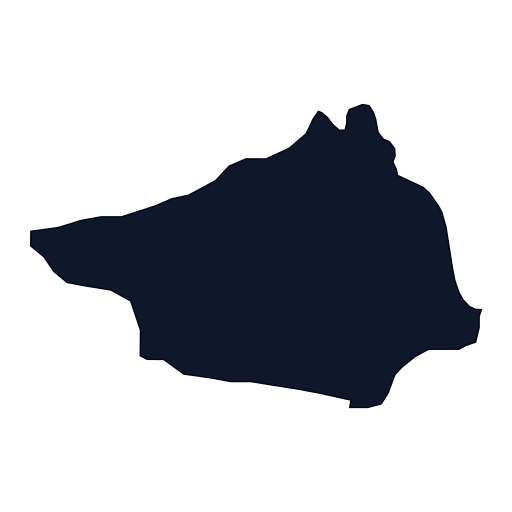 the district of Sinwon, Hwanghae-namdo, North Korea
{"feature_id": "82179303B41250986640334", "entity_name": "Sinwon", "entity_type": "district", "adm_level": 2, "iso_a3": "PRK", "parent_name": "North Korea", "parent_adm1": "Hwanghae-namdo", "projection": "equal_earth", "projection_center": [125.777, 38.209], "detail": "fine", "context": "isolated", "style": "filled", "palette": "ink", "viewbox_px": 512, "rotation_deg": 0, "n_neighbors": 0, "source": "geoboundaries", "source_scale": "gbopen_adm2", "svg_char_len": 1143}
<svg xmlns="http://www.w3.org/2000/svg" viewBox="0 0 512 512"><path d="M481.3,309.7L475.2,309.4L469.2,306.4L463.2,300.0L459.2,293.2L456.9,286.8L454.6,279.7L452.3,267.3L446.0,227.3L442.0,213.0L439.1,207.0L429.4,193.1L423.1,187.4L405.2,179.0L397.4,175.4L396.3,169.3L392.8,161.8L395.1,155.8L394.6,148.6L389.4,141.8L383.4,139.2L378.0,132.4L375.7,119.6L373.4,112.5L369.1,105.7L362.6,104.6L349.4,109.5L346.8,116.3L346.8,123.0L345.1,130.2L339.1,130.2L332.6,124.5L327.7,117.8L322.0,112.9L318.5,111.4L313.2,119.0L306.4,133.5L289.5,148.1L266.0,159.0L245.9,158.9L229.1,166.2L215.6,180.7L188.6,195.2L171.9,198.8L155.0,206.1L121.4,216.9L101.3,216.9L98.2,217.4L81.2,220.5L57.7,227.7L30.9,231.3L30.7,245.9L44.0,256.8L53.9,271.5L67.2,282.5L87.3,286.2L110.7,289.9L130.7,300.9L140.5,330.1L140.3,355.7L147.0,359.3L163.7,359.4L183.7,374.0L210.5,377.8L230.6,381.5L250.7,381.5L274.1,385.3L297.6,389.0L317.7,392.7L351.1,400.1L349.7,407.4L367.8,407.4L381.3,403.8L388.1,392.9L394.9,374.6L401.7,367.3L415.2,356.4L428.6,349.2L442.0,349.2L458.8,349.2L465.5,345.6L475.6,342.0L479.1,327.4L479.1,316.4L481.3,309.7Z" fill="#0f172a" stroke="#020617" stroke-width="1.5"/></svg>